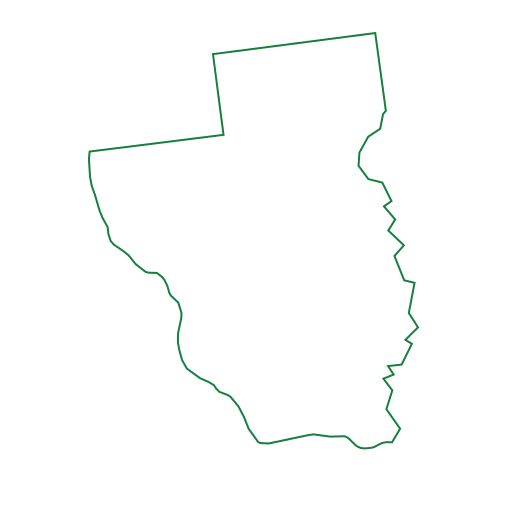 outline of Scott, Iowa, United States of America, rotated 82°
{"feature_id": "52423323B10100313584475", "entity_name": "Scott", "entity_type": "district", "adm_level": 2, "iso_a3": "USA", "parent_name": "United States of America", "parent_adm1": "Iowa", "projection": "orthographic", "projection_center": [-90.532, 41.613], "detail": "fine", "context": "isolated", "style": "outline", "palette": "green", "viewbox_px": 512, "rotation_deg": 82, "n_neighbors": 0, "source": "geoboundaries", "source_scale": "gbopen_adm2", "svg_char_len": 1314}
<svg xmlns="http://www.w3.org/2000/svg" viewBox="0 0 512 512"><g transform="rotate(82 256 256)"><path d="M51.8,106.9L50.1,270.5L131.5,271.3L129.6,394.1L129.4,406.2L135.5,407.7L139.7,408.2L154.8,409.3L163.7,408.9L173.5,406.9L189.3,404.6L196.5,402.8L206.7,398.9L213.9,399.1L221.2,397.7L225.1,395.0L232.2,387.2L237.6,382.1L247.4,376.2L256.3,367.6L257.5,365.0L259.0,356.5L263.8,351.8L266.8,350.1L273.1,348.0L280.8,346.9L283.5,345.7L291.3,339.5L298.8,338.2L302.0,337.7L307.6,338.8L321.6,343.9L330.3,345.3L330.9,345.3L337.9,345.1L348.8,343.7L357.9,340.1L369.3,328.3L374.0,320.7L378.0,315.7L381.9,313.8L383.3,312.7L385.4,311.2L389.9,303.1L392.0,300.8L397.0,297.7L402.5,294.3L414.1,290.2L426.2,287.3L440.8,279.6L442.0,277.0L443.4,269.5L440.7,229.8L440.6,224.1L445.2,207.6L446.8,193.5L448.2,191.1L449.8,189.4L457.0,183.9L458.8,182.1L460.6,179.1L461.5,176.1L461.9,172.0L461.9,167.2L461.5,165.3L458.7,157.1L458.5,153.0L459.4,147.2L447.1,137.3L425.9,148.2L408.0,139.7L395.2,146.9L392.6,136.2L383.4,140.5L383.8,126.9L364.7,113.9L359.8,119.7L349.2,105.5L333.7,112.6L304.6,102.7L300.7,112.6L275.3,118.9L266.0,108.1L249.2,121.4L239.2,113.1L224.6,122.4L220.5,114.2L200.9,120.7L195.5,134.0L180.9,141.9L168.0,139.2L153.5,128.3L147.3,115.3L133.1,110.4L130.3,107.2L51.8,106.9Z" fill="none" stroke="#15803d" stroke-width="2"/></g></svg>